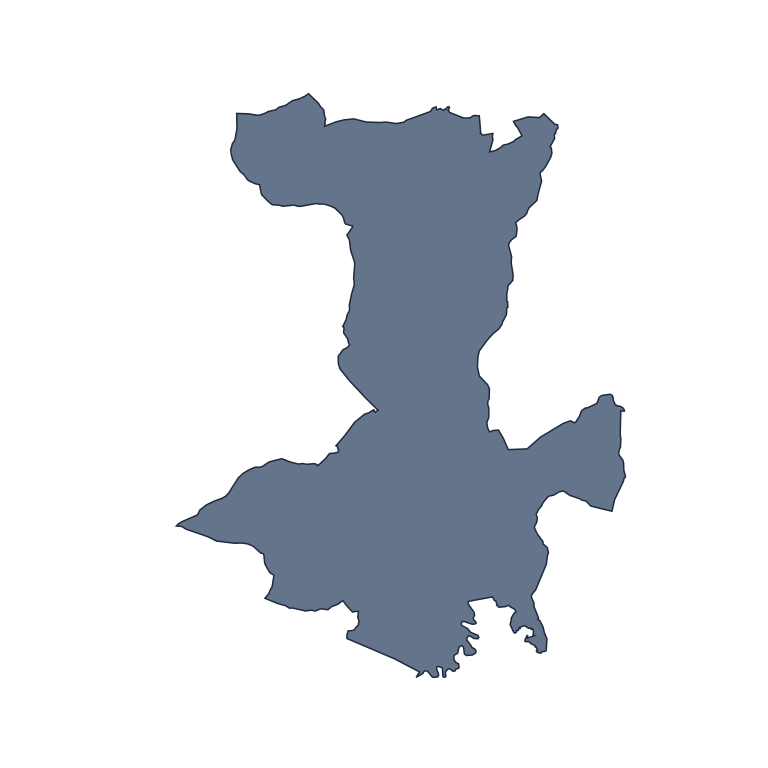 Cetatea De Balta, Alba, Romania (Natural Earth projection), rotated 169°
{"feature_id": "2599482B28912008723964", "entity_name": "Cetatea De Balta", "entity_type": "district", "adm_level": 2, "iso_a3": "ROU", "parent_name": "Romania", "parent_adm1": "Alba", "projection": "natural_earth1", "projection_center": [24.195, 46.219], "detail": "fine", "context": "isolated", "style": "filled", "palette": "slate", "viewbox_px": 768, "rotation_deg": 169, "n_neighbors": 0, "source": "geoboundaries", "source_scale": "gbopen_adm2", "svg_char_len": 6127}
<svg xmlns="http://www.w3.org/2000/svg" viewBox="0 0 768 768"><g transform="rotate(169 384 384)"><path d="M477.0,677.7L479.5,663.1L483.8,652.0L487.0,648.8L489.7,643.3L490.1,638.7L489.8,633.0L484.8,620.3L481.3,615.7L479.3,611.0L477.8,609.2L472.3,605.2L468.1,603.3L468.2,595.1L467.8,592.8L463.6,586.4L460.3,582.1L458.9,581.1L452.8,579.5L449.2,577.7L438.1,576.8L435.1,575.0L432.1,574.3L416.0,574.1L412.8,572.8L409.0,572.3L403.0,569.2L398.6,566.0L392.9,557.7L392.0,554.2L391.9,549.9L391.0,548.3L384.8,545.1L385.1,543.9L392.0,537.2L390.5,532.4L391.2,521.0L389.7,509.6L389.9,507.1L393.7,493.4L393.7,490.3L394.5,486.5L398.7,478.4L402.9,468.3L403.8,462.8L407.0,458.9L408.8,454.6L413.6,448.2L412.8,447.8L412.6,446.5L413.9,442.0L411.5,436.4L410.8,433.3L411.1,431.5L410.3,428.8L413.2,426.8L417.8,425.4L423.7,419.9L424.9,412.7L424.4,407.4L417.2,393.7L404.6,373.6L394.8,359.3L398.0,358.1L398.9,358.7L398.6,360.4L399.4,360.6L404.7,358.5L408.8,358.1L420.2,352.0L432.5,340.7L443.0,332.5L441.5,331.0L441.6,328.7L441.0,327.7L442.1,325.9L446.6,325.6L449.8,326.2L451.4,325.7L455.1,322.3L464.5,316.4L465.2,317.7L467.5,319.1L475.5,320.0L479.2,321.5L483.3,321.7L491.0,325.4L498.6,330.2L511.9,329.4L518.7,326.4L521.2,325.9L526.5,326.9L532.7,325.6L539.0,323.3L544.9,319.7L557.1,306.8L560.4,304.3L564.8,302.7L572.6,301.5L581.2,299.3L589.0,295.3L591.3,291.9L592.9,290.9L608.2,287.5L612.6,286.0L614.9,284.2L609.6,282.7L606.1,279.3L586.2,267.8L578.4,261.8L561.4,256.3L553.9,255.0L548.5,253.1L543.5,249.9L537.2,241.5L534.9,240.4L534.5,239.2L535.3,231.2L534.8,228.4L532.0,220.4L528.7,217.5L528.7,216.7L532.7,205.9L534.4,204.3L537.4,199.9L541.8,196.4L530.4,188.9L522.9,185.1L519.6,182.0L516.7,181.6L504.1,176.1L498.4,175.9L494.9,174.2L488.8,175.4L482.1,173.1L477.9,175.5L471.4,176.5L466.2,179.0L465.5,178.8L463.2,173.9L458.4,166.1L454.7,166.2L452.5,165.4L454.3,160.1L453.8,156.1L455.4,151.9L457.1,151.2L459.8,148.6L461.8,148.0L466.4,148.5L468.3,144.8L468.9,141.2L426.1,112.2L404.1,94.6L408.4,89.9L401.1,92.4L400.0,93.9L398.4,94.6L397.4,94.4L396.1,93.7L392.7,87.5L391.7,86.6L387.2,86.2L386.1,87.1L385.8,88.9L386.8,94.9L386.1,96.1L384.6,96.4L381.6,94.7L380.9,93.6L382.0,86.3L381.7,85.2L380.8,84.6L379.1,85.0L378.7,89.6L375.9,91.8L373.9,91.9L371.1,88.9L369.1,88.7L368.2,90.1L364.7,90.9L364.3,91.7L364.3,95.2L366.8,97.2L367.6,99.5L367.9,101.0L367.2,103.6L366.7,104.4L363.1,105.6L360.6,111.3L358.2,112.4L357.2,112.2L356.6,111.2L356.2,109.9L356.6,103.6L355.0,101.8L349.0,101.1L345.5,102.4L344.6,104.4L345.0,106.0L348.2,109.0L348.6,111.1L351.5,116.8L351.3,117.9L350.1,120.1L348.0,120.5L344.2,117.0L340.4,116.0L339.3,117.0L339.7,119.3L346.3,123.7L348.6,128.0L353.0,131.5L353.9,132.7L353.9,133.9L353.0,135.6L350.9,135.7L343.2,131.3L340.3,131.1L339.1,131.8L339.3,133.0L340.8,135.2L341.1,137.2L339.1,140.0L339.2,142.9L342.8,150.8L343.2,153.1L342.9,154.4L337.7,154.5L318.2,154.3L317.0,150.5L315.7,149.8L315.3,146.6L315.7,145.6L313.7,142.9L307.6,142.3L303.8,142.9L303.3,142.7L302.7,141.2L298.8,138.1L298.0,135.1L300.5,133.7L303.9,129.7L304.0,128.4L306.1,123.8L304.1,115.5L302.6,114.4L301.4,115.2L300.9,116.7L299.2,116.5L298.5,118.0L297.0,118.0L296.9,118.7L297.4,119.2L292.1,120.0L288.7,116.6L287.3,116.5L286.4,115.4L285.9,115.9L285.6,114.9L284.4,114.7L284.6,112.2L285.6,109.0L283.5,108.3L291.5,107.3L291.0,109.3L291.5,109.8L294.6,105.7L294.7,104.5L293.6,103.8L291.2,103.7L289.3,101.0L285.9,98.6L285.9,97.1L285.0,96.8L284.0,93.7L285.1,93.4L285.4,92.4L284.1,90.9L282.3,90.4L281.6,89.7L280.1,91.0L276.3,90.9L275.5,91.8L272.7,102.7L274.0,109.5L274.3,115.3L276.1,121.9L278.1,123.8L276.9,124.8L279.2,136.6L278.6,140.8L280.0,146.4L279.4,148.8L274.3,153.1L259.0,176.1L256.5,183.9L254.7,187.3L254.9,192.2L258.4,196.8L258.0,198.9L262.3,208.0L263.7,214.0L263.4,215.5L260.6,218.9L259.5,221.7L259.0,223.4L259.5,226.6L259.3,227.3L255.7,231.9L252.7,234.1L250.4,237.3L244.8,241.9L243.1,242.5L238.7,242.5L232.7,244.7L228.2,244.7L223.0,239.3L213.6,233.9L211.7,232.1L208.1,230.7L204.2,224.6L184.5,215.6L179.6,226.6L167.7,242.6L166.4,245.5L164.6,246.8L165.0,253.7L163.9,260.6L164.2,264.1L166.4,268.6L166.9,271.1L165.8,274.0L163.9,277.0L161.9,285.0L161.8,289.1L156.7,312.4L153.2,311.5L153.1,312.8L154.3,315.3L156.6,317.2L158.9,317.9L160.9,319.7L162.1,324.4L161.7,327.5L162.3,329.5L163.9,330.8L172.5,331.2L175.1,330.0L178.8,324.3L188.8,321.8L191.0,322.0L194.3,320.6L195.9,319.1L198.1,315.3L202.8,310.3L204.8,309.6L207.8,312.3L215.7,311.1L240.5,302.0L255.9,293.0L274.6,295.9L277.2,307.8L280.4,317.0L285.6,317.5L289.4,316.8L290.5,320.1L290.6,322.8L290.4,326.5L287.6,331.1L286.3,336.8L285.7,341.0L286.1,344.4L285.1,347.7L283.6,349.5L281.4,359.2L282.5,363.7L288.9,373.6L289.0,383.2L286.5,393.1L284.1,398.3L274.5,407.2L267.9,412.2L260.4,416.4L256.9,420.0L255.8,422.2L250.6,428.7L248.9,435.3L247.8,435.6L246.9,441.4L247.7,442.2L247.8,443.1L247.1,444.1L246.3,449.3L244.2,454.1L243.8,456.5L237.8,461.1L236.5,466.2L236.0,478.8L234.4,484.8L235.3,495.9L234.1,498.8L231.3,501.2L226.0,503.9L223.8,510.7L223.6,514.2L224.2,516.9L221.1,519.0L213.7,522.2L211.1,524.5L210.4,526.2L207.8,529.4L198.9,535.0L196.4,541.3L190.6,553.1L190.7,561.3L186.9,563.8L183.5,567.0L177.2,574.6L175.2,578.4L174.7,583.5L175.6,585.3L169.7,592.4L169.4,595.5L168.6,597.4L167.7,597.2L166.6,600.4L164.3,602.1L164.2,605.4L166.9,606.5L175.5,618.9L180.6,615.9L191.6,618.7L206.8,617.1L205.0,611.5L204.3,611.5L201.2,601.3L208.1,598.9L210.3,597.4L216.3,595.9L221.6,595.7L224.0,594.0L230.2,591.9L236.1,591.7L230.5,602.8L230.4,606.1L229.3,609.2L239.9,609.4L240.7,611.3L241.6,611.6L241.0,613.2L239.3,629.1L244.8,630.5L248.7,628.9L254.7,629.7L267.9,638.1L268.1,639.8L268.9,640.6L267.1,642.4L267.2,643.7L269.0,643.8L271.1,641.9L272.1,642.2L273.6,641.3L276.1,643.7L279.8,643.0L280.1,646.2L283.9,645.4L285.8,643.1L287.3,642.5L311.9,638.6L314.6,637.2L322.6,637.4L332.2,640.8L337.8,641.4L351.5,644.6L363.0,650.0L372.6,650.9L380.8,650.5L393.1,648.3L392.0,650.9L392.0,652.8L390.7,654.8L391.2,658.9L390.8,664.4L393.4,668.4L394.9,672.3L402.7,683.4L406.6,681.6L413.0,680.1L419.7,679.6L427.4,676.3L434.1,675.7L438.1,673.8L445.7,673.6L448.4,672.6L454.4,671.7L457.1,672.0L465.4,675.1L477.0,677.7Z" fill="#64748b" stroke="#1e293b" stroke-width="1.5"/></g></svg>